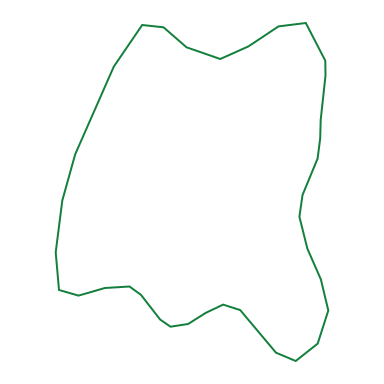 the Administrative State of Harari People
{"feature_id": "ETH-3136", "entity_name": "Harari People", "entity_type": "Administrative State", "adm_level": 1, "iso_a3": "ETH", "parent_name": "Ethiopia", "parent_adm1": "", "projection": "equal_earth", "projection_center": [42.189, 9.287], "detail": "fine", "context": "isolated", "style": "outline", "palette": "green", "viewbox_px": 384, "rotation_deg": 0, "n_neighbors": 0, "source": "natural_earth", "source_scale": "10m", "svg_char_len": 543}
<svg xmlns="http://www.w3.org/2000/svg" viewBox="0 0 384 384"><path d="M305.8,23.0L325.3,60.7L325.5,75.6L320.7,119.8L320.2,138.4L317.6,158.5L302.5,195.1L299.4,216.8L307.4,248.7L320.9,279.5L328.3,310.5L317.7,343.6L295.7,361.0L276.0,352.7L240.2,310.1L223.1,304.6L205.7,312.9L188.1,324.0L170.5,326.7L160.1,319.5L141.0,294.9L129.5,286.5L104.9,288.0L78.5,295.6L59.0,290.0L55.7,252.3L62.3,200.5L75.2,154.3L113.8,66.6L142.2,25.0L163.5,27.3L186.5,47.3L220.2,59.0L248.4,46.4L278.5,26.4L305.8,23.0Z" fill="none" stroke="#15803d" stroke-width="2"/></svg>